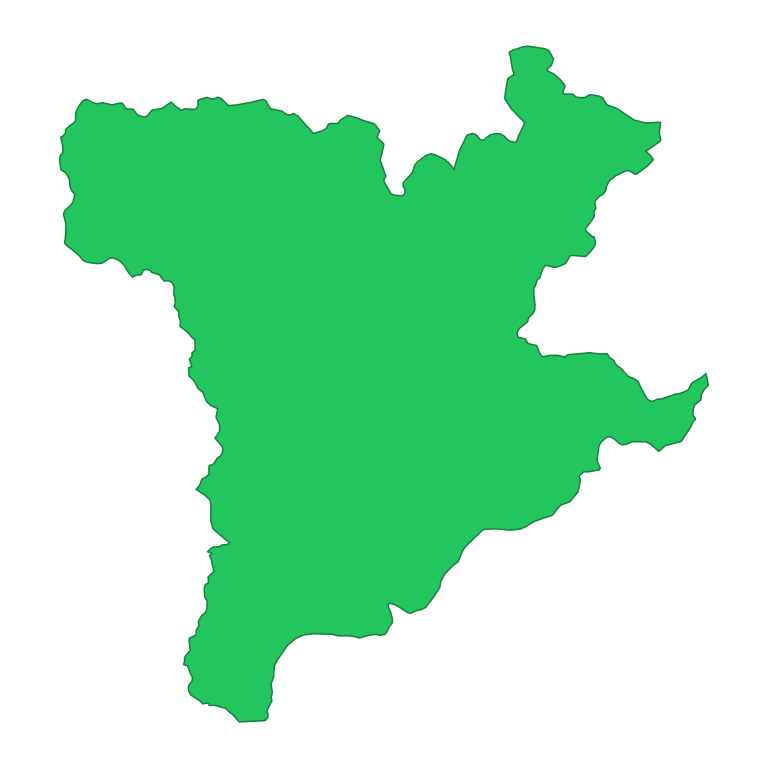 Cho Moi, Bắc Kạn, Vietnam (Mercator projection)
{"feature_id": "81297802B24308322432437", "entity_name": "Cho Moi", "entity_type": "district", "adm_level": 2, "iso_a3": "VNM", "parent_name": "Vietnam", "parent_adm1": "Bắc Kạn", "projection": "mercator", "projection_center": [105.849, 21.965], "detail": "fine", "context": "isolated", "style": "filled", "palette": "green", "viewbox_px": 768, "rotation_deg": 0, "n_neighbors": 0, "source": "geoboundaries", "source_scale": "gbopen_adm2", "svg_char_len": 6048}
<svg xmlns="http://www.w3.org/2000/svg" viewBox="0 0 768 768"><path d="M263.2,99.3L251.0,102.4L235.9,105.0L228.6,105.6L221.3,98.6L218.8,97.5L217.1,97.3L214.6,98.8L211.8,99.0L206.9,97.4L198.4,99.9L197.8,100.7L198.1,104.4L197.6,106.9L196.0,108.8L194.2,109.4L184.6,108.8L181.5,110.4L175.6,106.3L171.6,102.5L170.6,102.4L162.2,108.4L151.9,110.1L147.9,115.3L144.5,117.3L137.5,114.9L133.0,109.1L127.6,109.0L125.8,108.4L122.8,103.7L120.8,102.9L113.5,104.6L110.6,104.6L102.6,102.7L97.3,103.7L93.3,102.9L87.5,99.6L85.8,99.4L82.7,100.9L78.9,106.0L75.9,112.2L75.4,120.9L74.2,122.6L69.9,125.6L65.7,129.4L65.4,133.2L63.9,135.3L60.8,137.3L62.4,144.1L63.0,149.6L62.6,152.7L60.1,156.2L59.8,158.4L59.8,162.2L60.8,168.9L61.3,170.0L65.6,172.7L69.2,178.4L70.1,186.9L71.8,190.8L74.5,193.8L74.5,196.0L72.9,202.1L71.2,204.6L64.7,210.8L63.4,214.1L66.0,224.1L65.7,234.4L64.7,242.3L65.0,244.0L79.7,256.0L82.1,259.6L84.6,261.2L89.2,262.6L96.5,263.6L100.7,263.4L102.6,262.9L109.8,258.2L113.3,257.9L119.3,260.6L124.1,265.2L128.5,272.6L132.5,277.1L136.2,275.2L138.4,274.8L139.8,275.2L141.4,274.4L143.5,269.9L147.6,269.5L151.0,270.9L151.0,271.8L151.7,272.3L159.3,274.8L164.0,281.0L168.5,280.9L171.5,282.1L173.0,284.2L174.3,287.7L173.7,294.4L174.9,297.4L175.4,302.4L174.2,306.4L178.7,311.7L178.8,316.5L180.5,320.8L180.0,326.4L184.8,330.0L189.5,334.3L191.3,336.8L195.0,339.9L195.1,350.1L192.2,352.7L191.8,353.4L192.3,355.7L189.4,359.3L191.8,366.1L188.5,368.1L189.2,376.2L193.7,380.4L198.1,388.5L203.0,392.5L206.4,401.4L210.6,405.4L217.7,408.7L216.0,417.2L219.4,424.2L219.7,430.7L218.6,433.1L214.9,438.0L222.5,446.9L222.7,452.4L220.4,456.0L217.4,458.0L213.7,463.9L209.4,465.7L208.9,467.0L209.0,474.4L205.0,477.7L201.9,479.1L199.6,485.2L196.1,489.4L204.7,495.0L210.0,499.9L211.0,505.6L210.7,520.0L212.7,528.1L214.3,530.1L229.4,542.7L229.4,543.4L226.7,544.7L222.1,544.9L219.2,546.8L213.9,546.8L210.1,549.0L207.7,551.8L211.7,553.3L209.6,555.9L211.1,559.2L213.9,571.5L208.2,576.7L208.4,582.8L206.1,584.2L204.7,586.1L204.2,588.6L204.8,596.9L207.3,601.6L207.0,607.4L206.1,611.0L205.0,612.9L202.0,615.2L198.7,620.7L198.3,622.2L199.3,625.5L196.5,629.4L195.9,635.0L189.2,638.3L189.2,642.6L190.3,650.3L185.4,656.0L184.6,658.0L184.6,661.1L183.7,664.6L187.6,665.9L190.4,673.6L192.5,677.5L192.0,681.0L188.8,685.2L188.4,687.1L188.7,690.9L191.0,695.2L199.3,700.4L202.9,703.9L207.2,703.0L208.9,704.0L209.2,705.5L214.3,705.2L225.6,708.4L230.1,712.8L232.0,713.8L239.2,721.8L239.9,721.9L265.2,720.6L267.7,717.6L268.0,714.7L267.0,711.0L267.6,709.0L271.9,700.9L271.2,697.0L272.3,693.2L272.2,691.3L271.0,684.4L273.6,676.7L274.3,666.3L277.4,659.9L287.4,645.5L295.0,638.9L303.2,635.1L313.2,633.7L332.4,634.3L337.8,635.8L349.4,635.9L356.1,636.9L359.6,638.0L367.8,635.5L371.9,634.9L375.4,634.4L380.5,635.4L384.8,634.3L386.5,632.5L389.2,627.0L392.5,622.6L392.1,617.6L390.6,612.2L388.5,607.3L388.2,604.8L388.7,603.6L390.2,603.3L395.5,604.8L407.5,612.5L410.3,613.5L416.2,610.7L420.4,609.8L425.7,607.4L432.1,599.1L439.8,587.5L440.7,581.3L445.3,573.4L452.3,566.1L458.0,561.8L462.7,550.7L465.4,546.6L482.1,530.5L484.3,529.3L496.6,528.8L509.3,530.2L520.3,529.1L526.0,526.5L534.1,521.5L552.6,515.0L558.9,507.0L561.6,504.8L569.9,501.7L578.1,491.7L580.5,480.1L579.3,476.7L579.8,475.3L583.9,471.8L588.0,471.9L597.5,470.3L599.2,469.8L600.3,468.2L597.0,460.7L598.9,446.3L601.1,442.0L606.1,437.7L608.4,436.9L611.1,437.1L615.4,439.9L619.9,444.0L622.2,444.8L625.9,444.5L632.8,441.6L646.1,441.9L651.2,444.6L658.7,451.4L665.4,445.6L681.3,441.4L690.9,426.7L692.4,422.7L695.3,419.7L695.3,418.2L693.3,415.6L692.8,414.1L693.7,407.2L694.7,404.9L700.9,400.0L701.3,394.8L704.1,389.7L708.2,385.5L707.1,377.9L705.9,373.7L701.3,377.6L693.1,382.1L691.4,383.7L688.1,390.1L680.4,393.3L675.3,394.2L661.5,398.9L657.8,399.1L652.7,401.3L651.0,401.2L647.3,399.1L641.8,389.5L638.2,381.7L635.8,379.6L627.9,376.1L620.6,368.1L617.3,365.9L615.1,363.2L613.8,360.5L609.2,357.3L608.0,354.7L606.9,353.7L599.3,354.0L589.9,352.7L568.6,354.6L566.6,355.4L564.8,357.2L558.4,355.4L549.8,355.3L543.2,356.7L541.1,355.5L539.2,352.2L536.7,345.5L529.4,343.9L527.6,342.9L525.2,338.8L518.8,337.5L517.5,335.6L517.1,332.7L517.9,330.5L520.2,327.6L527.6,321.9L528.5,318.0L533.2,313.0L534.7,310.3L535.1,304.8L533.8,294.9L533.8,288.4L535.2,286.0L537.3,280.0L540.1,277.2L541.7,271.3L543.1,268.3L545.3,265.7L546.6,265.3L553.3,267.2L556.0,267.4L564.6,264.0L566.2,262.6L569.9,256.2L571.9,255.4L585.4,256.5L587.1,255.1L592.8,248.9L595.6,244.0L594.3,237.1L592.0,236.3L585.9,231.0L585.2,229.1L593.7,217.6L594.4,215.4L593.9,212.3L594.2,210.7L595.9,208.2L594.8,203.7L595.0,201.3L599.4,196.3L603.4,193.9L605.3,191.4L606.3,188.6L606.3,186.6L609.4,180.8L615.6,175.8L625.7,170.9L627.7,170.7L629.5,170.9L634.9,174.1L636.8,173.9L647.3,166.2L653.4,159.7L650.6,155.5L645.9,151.2L657.4,143.2L660.6,140.7L660.8,139.7L659.3,133.3L660.6,122.8L660.2,122.3L645.4,122.9L634.1,120.0L617.0,108.5L607.5,105.0L605.9,103.6L602.8,97.8L599.4,96.2L592.1,94.8L589.5,94.8L584.5,97.7L581.0,97.7L576.5,97.2L572.5,94.0L563.0,94.0L563.2,90.8L564.9,86.7L564.7,85.1L560.4,79.8L554.2,74.2L547.8,70.9L547.2,70.1L547.3,69.0L551.5,65.2L553.5,58.8L548.9,50.6L544.9,48.7L527.7,46.1L522.3,47.0L512.9,50.2L509.2,52.4L510.4,56.6L512.5,70.0L513.7,72.4L513.7,74.7L507.8,78.5L505.0,94.9L504.8,98.9L511.7,109.3L524.8,122.8L518.5,135.9L516.8,141.3L514.9,142.4L510.0,141.2L507.9,140.1L503.8,135.8L500.5,133.9L495.2,133.6L490.1,134.8L483.2,140.4L480.3,139.8L477.4,136.0L475.2,134.2L472.4,133.5L467.2,135.0L459.6,150.2L454.0,169.3L449.2,163.3L444.3,159.1L434.4,154.5L431.0,153.7L425.9,155.5L417.8,161.6L415.0,164.7L412.2,172.8L403.1,182.9L403.1,186.1L404.9,189.4L404.9,192.6L404.3,194.2L402.5,195.8L393.7,195.1L391.0,193.7L384.2,181.9L383.9,179.8L385.9,176.2L380.2,160.2L383.8,145.4L383.6,143.7L377.0,137.3L379.7,130.8L375.2,124.6L373.0,123.3L363.6,120.6L356.2,117.6L347.8,115.4L340.1,120.3L337.7,123.7L331.0,123.4L328.5,124.1L326.3,128.5L322.9,130.5L313.5,133.6L298.0,116.1L293.5,113.4L290.0,115.0L286.6,114.6L281.9,111.1L271.2,109.0L269.4,107.0L266.0,100.9L263.2,99.3Z" fill="#22c55e" stroke="#15803d" stroke-width="1.5"/></svg>